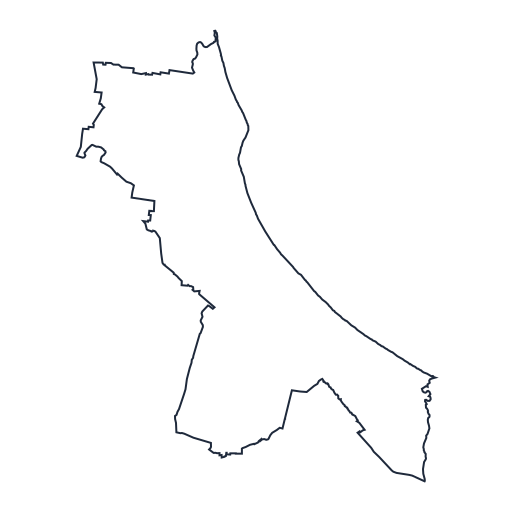 La Antigua, Veracruz, Mexico (Mercator projection)
{"feature_id": "50627088B44278957593951", "entity_name": "La Antigua", "entity_type": "district", "adm_level": 2, "iso_a3": "MEX", "parent_name": "Mexico", "parent_adm1": "Veracruz", "projection": "mercator", "projection_center": [-96.303, 19.318], "detail": "fine", "context": "isolated", "style": "outline", "palette": "slate", "viewbox_px": 512, "rotation_deg": 0, "n_neighbors": 0, "source": "geoboundaries", "source_scale": "gbopen_adm2", "svg_char_len": 6015}
<svg xmlns="http://www.w3.org/2000/svg" viewBox="0 0 512 512"><path d="M435.3,377.6L433.8,377.1L433.2,376.2L432.3,376.0L431.9,376.4L431.3,376.2L427.1,373.7L423.6,372.4L422.1,371.4L421.2,370.4L420.4,370.2L418.1,368.7L417.5,368.7L416.7,368.3L415.3,366.9L413.0,365.9L410.2,364.0L409.8,364.2L407.8,362.5L404.5,360.6L402.8,359.2L397.2,356.1L392.4,352.2L391.5,352.0L388.0,350.0L386.8,349.0L385.7,348.6L382.7,346.4L381.5,346.2L380.3,345.1L378.2,344.0L375.6,341.6L372.5,340.3L371.7,339.4L370.7,339.1L366.4,336.2L364.9,335.5L363.4,334.1L357.4,330.0L355.1,327.6L351.3,325.3L346.6,320.9L345.3,320.6L344.7,319.9L343.3,319.2L341.6,317.7L340.7,316.5L334.9,312.0L334.3,310.9L332.9,310.3L330.8,307.5L328.9,305.7L328.2,304.6L325.7,302.1L322.2,299.5L319.9,296.8L318.1,295.5L315.2,291.8L314.2,291.2L307.2,282.2L306.5,281.7L305.7,280.4L305.0,280.0L301.0,274.8L298.4,273.4L293.6,267.9L293.1,267.0L282.3,255.4L281.1,254.4L280.1,252.7L277.1,249.2L274.3,245.0L273.8,244.9L265.2,231.4L258.0,218.7L256.8,215.4L256.1,214.5L255.7,212.7L251.2,202.8L247.4,193.1L245.5,185.8L245.5,184.9L244.9,183.3L243.8,176.8L241.1,170.5L241.2,169.1L239.1,164.2L238.8,161.1L238.4,160.0L238.4,158.0L239.2,154.6L240.0,152.8L241.0,147.3L241.8,146.0L242.6,142.6L243.4,140.6L245.5,137.5L248.4,130.2L248.3,126.0L247.8,125.2L247.6,124.0L246.8,122.6L246.4,120.9L245.8,119.9L243.1,113.1L242.2,111.8L241.7,110.4L238.6,105.1L237.7,102.6L237.1,102.1L236.7,100.9L235.9,99.7L234.4,95.6L231.7,90.2L227.1,77.9L225.4,72.0L224.7,68.1L223.9,65.8L223.4,62.9L222.3,60.7L221.5,56.7L220.9,55.6L221.1,55.3L220.8,53.6L219.0,47.1L217.7,43.9L217.6,40.5L217.2,38.8L217.3,36.4L216.8,33.0L215.8,32.1L215.6,31.1L215.2,30.7L214.3,31.0L214.8,32.6L214.4,35.5L215.8,37.7L215.5,40.7L215.5,41.2L214.6,41.9L214.0,41.9L213.4,42.9L211.1,44.0L207.0,47.0L205.6,47.1L204.3,46.7L203.4,45.9L202.5,44.2L201.3,42.7L200.4,42.1L199.6,42.1L198.5,42.5L197.2,43.6L196.6,45.5L196.4,48.8L196.5,50.4L197.3,52.7L197.4,54.5L196.1,57.2L195.2,58.5L193.6,59.1L192.6,60.7L192.2,62.0L192.8,63.3L192.8,64.5L192.0,67.6L193.2,70.6L194.3,72.5L192.8,73.6L169.5,70.1L168.9,73.6L160.6,72.3L160.3,74.4L152.5,72.9L152.1,74.7L148.6,74.6L148.3,74.1L145.8,74.6L145.9,73.1L141.3,74.1L133.2,72.5L133.8,68.5L133.4,68.2L121.9,67.3L118.6,64.7L113.4,64.6L111.0,63.0L105.8,62.8L105.5,64.7L103.2,64.6L102.8,62.6L93.6,62.5L96.7,79.2L95.6,88.0L94.7,91.9L101.6,92.5L100.8,98.3L99.2,103.7L101.4,104.2L102.4,106.0L104.2,107.4L102.2,109.2L93.0,123.6L93.8,124.8L93.5,127.3L88.7,126.8L88.4,129.2L83.0,128.7L82.2,133.7L80.8,146.9L76.7,155.9L82.6,157.7L84.1,157.4L84.7,156.8L85.4,155.5L84.5,153.3L84.5,152.6L86.1,151.0L87.6,148.8L91.7,145.0L92.5,144.9L96.3,146.7L98.4,146.7L101.1,147.4L103.7,149.5L104.0,150.3L105.4,151.2L105.6,152.5L104.0,154.9L102.5,155.9L101.6,156.9L101.0,158.6L100.6,161.3L101.4,162.1L104.2,163.3L110.1,166.7L112.0,168.5L117.0,174.5L117.6,173.6L121.7,177.6L126.4,181.7L130.8,183.2L133.9,185.4L132.3,192.4L131.6,197.6L154.4,201.0L153.9,211.1L151.0,211.1L151.0,210.9L149.3,210.8L148.8,215.0L150.8,215.1L150.2,220.5L148.1,220.5L148.0,221.7L143.2,221.1L145.4,223.7L146.8,229.4L148.3,230.3L151.7,231.3L151.7,231.6L152.1,231.6L153.3,230.9L153.3,230.7L154.4,231.0L155.4,231.6L159.8,238.1L161.2,253.6L162.5,262.9L163.7,264.6L164.7,264.7L164.8,265.4L173.7,272.7L173.8,274.0L174.9,274.4L177.5,276.6L178.5,277.9L181.8,281.1L181.6,285.2L187.4,285.7L188.1,284.9L189.5,286.1L191.0,286.1L193.1,287.1L193.3,289.4L192.6,289.9L194.3,291.4L199.6,290.9L199.1,293.2L199.2,294.2L214.5,307.3L212.8,308.8L209.4,306.2L208.0,305.5L202.3,311.5L201.6,313.3L202.5,316.8L200.7,320.4L200.8,321.8L202.8,325.1L202.9,326.9L200.6,333.1L199.8,333.8L193.3,356.1L193.1,357.8L191.8,359.8L191.5,362.8L189.8,367.8L186.9,379.0L185.5,389.3L184.0,394.2L179.0,409.1L177.5,411.8L176.5,414.9L175.0,416.0L175.1,419.1L176.0,422.9L176.4,432.3L180.4,433.2L181.9,433.0L184.3,433.7L193.4,437.7L210.9,442.9L211.0,446.9L210.5,448.0L209.1,449.5L213.6,452.9L215.5,452.8L217.0,453.2L219.5,453.1L219.5,455.3L221.6,455.0L221.7,457.5L224.5,456.8L224.5,456.4L225.9,456.0L226.3,452.8L226.6,452.8L226.4,454.3L229.1,454.5L230.2,454.5L230.3,453.3L235.8,453.3L235.8,453.7L241.9,453.7L241.9,448.6L242.6,448.1L245.7,447.0L250.0,444.8L254.0,443.8L254.3,444.2L258.0,442.5L258.8,441.1L260.8,439.5L260.7,440.6L262.3,439.3L264.4,439.1L266.2,439.8L267.9,439.4L268.5,438.9L270.3,435.2L272.2,432.8L276.8,430.0L279.7,427.8L282.5,428.5L284.8,419.0L285.1,418.9L285.1,417.9L291.9,390.3L300.1,391.5L306.7,392.0L314.2,385.8L317.4,383.9L318.9,381.0L320.8,379.6L322.3,378.9L323.9,381.3L323.4,381.5L323.5,381.8L325.2,382.5L325.8,383.3L326.8,383.4L327.3,383.9L327.7,383.5L327.8,383.6L328.3,384.2L329.2,386.8L330.7,387.5L330.9,388.4L332.1,389.5L333.2,390.0L334.4,392.7L335.8,394.7L337.3,394.7L337.8,395.6L338.2,395.8L338.3,398.4L339.7,399.5L340.8,399.2L340.8,400.1L341.3,401.4L343.4,404.2L344.5,405.0L344.8,406.2L345.4,406.3L346.3,407.3L347.1,407.6L347.0,407.9L347.5,408.8L348.1,409.2L348.5,410.4L349.2,410.9L350.2,412.6L351.1,412.6L351.8,413.3L351.8,413.8L352.4,414.6L352.6,414.5L355.3,416.1L357.3,420.0L357.8,420.3L357.8,420.8L356.9,421.3L359.3,422.8L364.6,429.8L362.7,430.4L360.1,432.4L359.8,432.3L359.5,431.4L357.6,432.7L371.2,447.8L373.8,451.8L379.1,456.9L391.7,470.4L393.3,471.7L396.5,472.9L409.3,474.9L412.2,475.6L424.6,481.3L424.8,480.9L424.7,479.0L423.3,473.8L423.0,469.1L424.1,462.0L425.8,459.2L426.0,458.2L425.6,456.7L425.7,453.9L424.4,452.2L424.4,451.5L423.8,450.5L423.8,449.1L423.3,447.3L424.0,443.4L426.3,438.0L426.2,435.6L427.5,434.0L429.4,428.4L429.0,425.7L428.0,422.2L427.8,419.8L428.2,418.0L429.3,417.1L429.6,416.0L429.4,414.7L428.6,414.0L427.9,412.3L427.8,411.7L428.1,411.1L427.8,410.1L427.0,408.6L426.0,407.7L425.8,404.8L426.7,404.1L425.0,401.2L425.2,399.9L426.2,399.8L427.7,400.9L429.5,400.9L430.6,399.4L430.6,398.1L430.1,396.6L428.7,396.2L430.4,394.1L429.4,391.8L428.2,390.9L427.2,391.1L426.5,392.2L425.3,392.7L423.7,392.2L422.7,391.3L421.9,388.8L426.0,386.2L427.7,386.8L427.5,384.4L429.7,382.8L429.2,380.8L429.9,379.4L431.7,378.6L435.3,377.6Z" fill="none" stroke="#1e293b" stroke-width="2"/></svg>